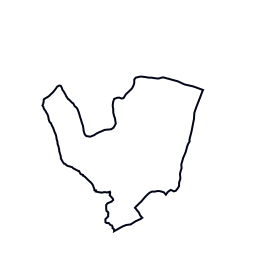 Awe, Nassarawa, Nigeria, rotated 227°
{"feature_id": "59680162B80791368745463", "entity_name": "Awe", "entity_type": "district", "adm_level": 2, "iso_a3": "NGA", "parent_name": "Nigeria", "parent_adm1": "Nassarawa", "projection": "robinson", "projection_center": [9.241, 8.214], "detail": "fine", "context": "isolated", "style": "outline", "palette": "ink", "viewbox_px": 256, "rotation_deg": 227, "n_neighbors": 0, "source": "geoboundaries", "source_scale": "gbopen_adm2", "svg_char_len": 3600}
<svg xmlns="http://www.w3.org/2000/svg" viewBox="0 0 256 256"><g transform="rotate(227 128 128)"><path d="M141.0,188.3L141.8,187.1L143.4,184.0L144.7,182.8L146.6,181.2L148.7,179.6L151.1,177.1L152.9,175.9L155.1,174.0L156.9,172.5L159.5,168.1L159.2,165.7L156.7,163.3L155.6,161.5L154.8,159.7L154.2,157.6L154.1,153.4L154.1,152.7L154.1,149.4L152.9,145.2L154.0,143.3L156.1,142.4L157.4,140.8L158.7,137.8L157.3,135.1L155.4,132.7L153.7,131.2L152.3,130.4L151.8,130.1L151.4,129.6L151.3,129.4L150.1,128.5L149.3,127.7L147.6,126.8L146.4,126.0L145.2,125.6L143.6,124.8L142.3,123.9L141.1,123.1L139.6,122.1L138.7,119.7L138.5,118.8L138.1,117.5L138.6,114.8L139.7,113.3L141.0,111.7L142.6,109.5L143.6,106.5L144.4,104.6L145.4,101.3L145.9,98.2L146.6,96.4L147.4,94.5L148.5,93.6L150.6,92.0L151.9,92.0L153.6,92.3L156.3,93.7L157.9,94.9L160.6,96.7L163.3,97.8L166.1,99.3L168.2,100.2L171.5,101.9L173.4,102.8L175.3,103.6L177.5,104.2L178.8,104.2L180.1,103.8L182.0,104.4L183.4,104.7L185.0,104.3L187.4,104.3L189.3,104.2L190.1,103.9L191.7,104.2L193.6,104.5L194.7,105.0L198.8,105.9L200.6,106.1L202.5,107.0L204.7,107.6L206.0,106.6L206.5,104.5L205.7,100.5L205.3,97.2L205.3,94.5L205.2,92.0L205.7,89.3L206.4,86.3L206.1,85.6L205.0,84.5L203.6,82.6L202.8,80.8L202.1,80.6L201.2,80.6L199.8,79.7L198.0,79.4L196.2,79.2L195.3,78.9L193.0,78.4L192.5,78.2L191.7,77.9L190.7,77.4L189.7,76.8L188.9,76.2L188.4,75.9L186.7,75.1L185.7,74.8L183.9,74.9L181.7,74.0L179.6,73.5L177.4,72.6L176.6,72.3L175.5,71.7L172.3,70.6L170.6,69.7L169.0,68.5L167.9,67.9L165.7,66.8L164.4,65.6L162.2,64.7L159.7,63.3L157.9,61.9L155.1,60.5L153.3,59.6L151.4,58.1L149.6,57.7L148.3,57.3L145.6,56.9L144.7,57.5L142.9,57.6L141.4,58.1L141.1,58.2L140.9,58.3L139.4,59.3L137.6,60.4L135.4,60.5L134.5,61.0L133.8,61.2L132.3,61.7L130.5,62.3L130.1,62.8L127.5,62.2L126.5,62.0L125.2,62.6L124.9,62.8L124.3,63.1L123.8,62.6L122.1,63.2L119.8,63.3L117.1,63.4L113.1,63.7L112.2,63.7L110.0,63.3L105.9,61.5L105.4,61.0L104.2,62.0L103.6,61.1L101.4,62.6L99.7,63.8L99.3,64.3L98.4,64.9L97.6,66.5L96.8,67.4L95.2,68.7L94.7,69.5L93.7,71.3L92.8,70.8L92.6,69.9L91.9,69.8L91.2,68.7L90.5,68.7L88.8,68.8L86.4,68.6L85.5,68.1L85.4,66.1L85.8,64.5L86.2,63.5L86.9,61.9L86.7,60.4L86.5,59.4L85.1,58.2L83.5,56.7L82.3,56.0L81.6,55.6L80.6,56.1L79.2,55.7L78.4,54.4L77.8,54.1L76.9,53.2L76.8,51.2L76.7,49.2L75.5,48.2L74.4,47.2L73.0,47.6L72.3,48.5L71.5,49.1L70.4,49.0L69.1,49.0L68.6,49.2L67.5,49.8L66.1,49.2L65.3,48.4L64.1,48.8L62.3,47.9L62.0,47.5L59.8,56.6L58.3,60.5L55.7,64.1L54.6,70.0L52.9,75.1L52.6,77.2L53.6,77.2L54.5,77.2L55.4,77.3L55.7,77.3L55.9,77.3L58.6,78.3L60.2,78.4L61.8,78.5L63.1,78.6L64.9,78.7L65.0,79.7L65.1,80.6L65.1,82.4L65.2,85.7L65.2,86.0L65.2,87.9L65.3,88.4L65.7,91.8L65.9,93.6L66.0,95.7L66.0,97.8L65.9,99.8L65.5,101.0L65.1,102.3L64.7,102.6L63.6,103.7L63.2,104.4L62.6,105.2L62.2,105.8L61.6,106.9L60.2,108.1L59.8,108.4L58.7,109.1L56.7,110.3L54.7,110.3L53.4,110.2L54.0,113.0L54.0,113.9L53.8,115.7L53.6,117.0L51.9,117.8L50.3,118.4L49.5,120.2L50.0,123.5L50.7,125.7L52.7,127.6L53.7,128.9L54.0,129.5L54.9,131.3L56.0,132.4L57.3,133.4L58.8,134.5L60.1,136.4L60.4,136.8L61.1,138.1L62.0,139.7L62.3,140.0L63.1,140.6L64.5,141.7L64.9,142.0L65.4,142.8L66.4,144.5L67.6,146.5L68.4,147.7L69.9,151.2L71.1,153.8L72.1,155.5L72.7,156.4L73.0,156.9L74.2,158.7L75.1,160.6L75.4,161.3L76.0,163.3L76.2,164.0L77.4,164.8L78.7,166.7L82.3,172.3L84.6,175.5L85.8,177.1L89.6,182.4L93.8,186.8L94.2,187.5L96.8,192.4L101.0,201.2L103.7,206.6L103.9,206.9L104.6,208.8L106.0,208.1L106.4,207.9L111.7,205.2L114.2,203.9L121.2,199.1L128.3,196.2L133.9,192.7L136.1,191.4L137.1,190.7L139.4,189.3L141.0,188.3Z" fill="none" stroke="#020617" stroke-width="2"/></g></svg>